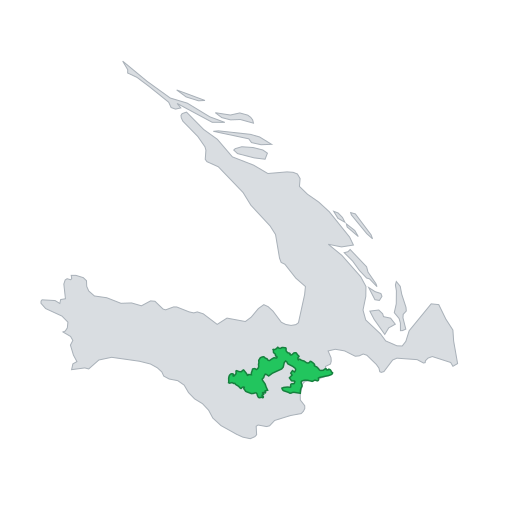 Croatia, with Zagrebacka highlighted, rotated 185°
{"feature_id": "HRV-1588", "entity_name": "Zagrebacka", "entity_type": "County", "adm_level": 1, "iso_a3": "HRV", "parent_name": "Croatia", "parent_adm1": "", "projection": "robinson", "projection_center": [16.033, 45.768], "detail": "fine", "context": "in_parent", "style": "filled", "palette": "green", "viewbox_px": 512, "rotation_deg": 185, "n_neighbors": 0, "source": "natural_earth", "source_scale": "10m", "svg_char_len": 8603}
<svg xmlns="http://www.w3.org/2000/svg" viewBox="0 0 512 512"><g transform="rotate(185 256 256)"><path d="M50.2,163.3L52.8,166.9L71.6,171.2L75.7,169.3L78.1,166.4L78.2,164.5L79.8,164.0L86.4,166.8L106.7,166.5L110.8,164.3L118.5,152.0L121.0,151.0L122.6,151.5L123.8,155.1L126.7,158.5L136.9,166.8L140.7,167.7L144.5,165.5L148.4,164.8L159.5,169.2L168.9,170.0L175.9,167.7L172.4,161.2L171.9,157.8L172.4,154.9L177.2,152.0L176.9,150.7L171.2,145.6L171.5,144.3L184.1,138.6L196.3,135.4L198.3,132.9L199.9,122.2L199.3,116.4L194.4,111.1L194.1,108.4L195.2,105.5L197.2,103.0L207.7,100.1L223.1,93.8L227.7,88.0L230.6,87.0L239.2,87.8L241.0,86.4L239.8,78.0L241.4,75.9L245.8,73.5L253.3,74.4L259.6,76.6L276.1,84.0L284.9,90.8L289.8,98.3L296.4,104.2L304.7,108.3L311.3,114.0L316.3,121.1L323.1,125.0L331.8,125.9L337.4,128.3L339.7,132.3L344.5,136.0L351.7,139.2L362.9,141.0L391.0,142.5L403.5,138.7L412.8,128.9L416.8,129.6L429.8,126.7L429.0,132.6L425.2,135.2L429.2,141.3L433.1,151.1L431.1,155.9L433.7,159.7L441.7,163.5L439.5,164.6L437.7,167.9L437.6,173.7L444.0,179.2L461.0,185.3L466.1,190.2L466.2,192.3L465.3,193.7L452.3,194.1L447.3,191.6L446.8,195.6L442.1,196.8L445.0,211.3L444.0,215.5L442.2,216.9L438.5,216.2L437.6,217.5L438.4,220.6L433.7,221.0L426.2,219.4L422.7,216.6L422.0,211.0L419.6,206.6L413.5,202.1L401.0,201.4L386.4,197.1L375.9,198.4L365.8,196.4L357.1,202.1L352.7,202.1L343.9,195.0L341.3,194.5L333.6,198.1L330.5,198.3L317.7,194.5L313.0,193.9L309.6,195.2L303.5,193.8L288.7,184.5L279.5,191.6L260.9,189.8L255.4,194.7L249.1,203.8L244.0,208.2L239.5,206.6L234.3,202.6L225.0,192.2L220.4,190.4L215.0,189.9L210.3,191.1L207.9,193.2L204.2,221.8L204.1,229.9L214.4,237.4L226.5,250.3L230.4,251.8L232.4,256.0L238.4,279.1L244.6,287.2L265.5,306.1L274.4,318.1L301.3,341.6L313.1,345.7L315.0,347.9L315.1,357.0L316.4,360.4L324.4,370.0L340.6,383.9L342.5,387.2L343.0,389.5L342.0,391.4L337.8,393.3L319.2,377.5L304.7,368.9L288.2,352.7L266.3,346.3L251.4,339.2L232.4,342.5L226.3,342.6L221.9,341.3L218.8,336.9L218.8,329.1L210.1,322.0L198.2,315.2L186.9,306.5L164.4,283.0L159.9,275.4L171.6,272.5L185.0,274.0L170.5,264.1L149.9,244.5L143.8,235.2L143.1,225.2L144.7,211.5L141.1,201.8L125.2,189.3L119.4,182.7L107.7,178.8L102.5,179.1L99.3,184.0L96.9,194.9L77.3,223.6L69.7,223.5L61.4,209.7L53.4,199.4L51.7,188.5L45.8,166.4L50.2,163.3ZM399.8,427.1L400.0,430.4L405.8,438.5L379.7,420.5L355.2,405.9L337.8,402.3L314.1,390.6L298.7,386.4L311.3,385.4L347.9,401.1L343.8,397.0L349.0,395.3L353.5,396.5L356.4,401.6L377.0,415.4L390.2,423.6L399.8,427.1ZM114.6,239.3L114.0,242.8L109.7,238.4L107.5,230.6L102.1,217.9L101.5,214.3L104.3,210.7L104.2,207.2L100.4,196.2L103.7,194.4L105.6,194.2L106.3,201.8L108.0,206.2L113.3,211.6L112.1,220.6L113.1,233.5L114.6,239.3ZM137.8,211.0L129.0,212.9L124.8,209.5L123.7,206.7L116.5,205.8L111.3,200.2L117.5,196.0L120.9,189.1L132.8,203.2L137.8,211.0ZM279.7,363.6L268.3,363.8L258.4,362.2L253.6,359.4L255.4,353.2L266.4,353.6L283.3,356.4L287.4,359.6L286.1,361.1L279.7,363.6ZM309.4,376.5L304.3,377.4L272.1,376.7L262.8,374.9L250.2,368.6L260.7,367.3L270.4,368.6L273.4,372.1L309.4,376.5ZM164.7,268.3L162.8,270.7L144.9,254.9L143.0,249.7L134.1,238.9L132.8,236.0L140.9,243.1L143.9,243.7L151.7,250.6L159.3,259.4L168.4,267.0L164.7,268.3ZM270.1,388.1L283.5,390.6L293.3,389.4L302.2,390.9L309.0,395.2L293.8,394.2L284.6,397.1L276.5,395.6L273.4,393.7L271.2,391.3L270.1,388.1ZM164.6,305.3L165.5,307.5L160.7,306.6L143.2,287.1L141.4,283.3L147.6,287.9L164.6,305.3ZM133.7,222.8L141.0,234.4L134.3,230.9L128.3,229.5L127.0,226.8L129.2,222.5L133.7,222.8ZM339.5,408.4L349.5,414.5L320.4,406.5L326.8,405.6L339.5,408.4ZM177.7,300.7L182.5,307.3L177.9,306.0L173.2,301.9L170.4,297.4L177.7,300.7ZM167.7,292.8L168.8,295.9L159.8,290.0L155.8,284.3L167.7,292.8Z" fill="#d9dde1" stroke="#a8b0b8" stroke-width="1"/><path d="M191.0,136.3L193.6,136.7L196.4,136.6L197.8,136.2L199.2,135.6L200.0,134.7L199.9,133.4L199.1,131.7L198.8,130.5L199.1,129.5L199.6,128.4L199.9,127.3L200.0,125.9L199.9,123.1L201.2,123.2L206.2,123.5L207.7,123.3L208.6,122.7L209.8,122.3L210.4,122.3L210.8,122.5L211.4,122.8L212.3,123.1L216.8,124.2L217.3,124.5L217.7,124.9L218.4,125.9L218.7,126.6L216.9,127.5L213.2,128.2L212.1,128.2L210.8,128.2L210.3,128.3L210.0,128.6L210.0,129.1L210.2,129.6L210.2,130.2L210.2,130.8L209.8,131.5L209.2,131.8L207.5,132.0L207.0,132.2L206.7,132.4L206.7,132.7L206.7,133.0L206.3,134.3L206.5,134.5L206.9,134.8L209.5,134.7L210.4,135.5L212.1,137.5L211.3,138.5L209.7,140.5L211.2,142.3L209.7,145.0L207.5,143.8L206.9,144.9L206.7,145.8L206.6,146.3L206.6,146.7L206.8,147.0L207.1,147.5L207.7,147.9L209.7,149.2L214.1,151.0L214.6,151.2L215.0,151.5L215.3,151.9L215.5,152.2L215.6,152.6L215.9,153.0L216.2,153.3L217.4,154.0L218.6,152.2L219.2,147.7L220.6,145.7L229.4,140.7L232.9,137.6L233.1,137.7L235.1,138.8L236.3,139.2L236.5,139.1L236.7,138.9L236.9,138.2L237.4,137.2L237.6,136.5L237.7,135.7L237.8,135.5L237.9,135.3L239.0,134.2L239.0,133.5L238.6,132.7L236.0,129.6L235.6,129.0L234.6,126.6L232.7,123.3L234.8,122.6L235.1,122.4L235.3,122.2L235.2,122.1L234.7,121.7L234.6,121.2L234.6,120.7L234.8,120.4L235.1,120.4L235.4,120.4L235.7,120.5L236.1,120.7L236.4,120.7L236.7,120.7L237.4,120.5L237.6,120.3L237.6,120.1L237.4,119.9L237.2,119.7L236.5,119.3L236.4,119.1L236.3,118.8L236.5,118.6L237.6,118.1L237.8,117.8L237.8,117.5L237.6,117.3L237.4,117.1L237.2,117.0L236.8,116.8L236.6,116.6L236.4,116.4L236.4,115.8L236.6,115.6L236.8,115.4L237.1,115.4L238.2,115.7L238.5,115.7L239.7,115.2L240.0,115.1L241.2,115.3L242.3,116.9L242.5,117.3L242.8,118.4L243.1,118.8L243.3,119.1L243.7,119.5L243.9,119.6L244.4,119.6L245.2,119.5L246.4,118.9L248.6,118.5L253.8,120.0L254.6,120.4L255.7,121.8L256.3,122.4L256.5,122.6L256.6,122.8L256.6,123.0L256.4,123.6L256.2,124.2L256.4,124.3L256.8,124.4L257.8,124.2L258.3,123.9L258.6,123.7L258.8,123.3L258.9,123.1L259.1,122.8L259.3,122.7L259.6,122.7L260.0,122.9L261.8,124.5L262.2,124.8L265.0,126.2L265.4,126.6L265.7,126.9L265.8,127.2L266.0,127.3L266.3,127.3L266.9,127.1L267.3,127.1L267.9,127.4L268.2,127.7L268.6,127.8L269.2,127.7L271.3,127.0L272.3,127.4L272.2,128.3L272.3,129.2L272.6,132.0L272.5,132.5L272.4,133.6L272.0,134.9L271.0,136.1L270.5,136.4L269.9,136.6L268.9,136.6L268.4,136.4L268.2,136.0L268.2,135.6L268.4,135.2L268.4,134.8L268.2,134.4L267.8,134.4L267.3,134.7L265.8,136.8L265.6,137.5L265.7,138.2L265.9,139.5L265.7,140.0L265.3,140.1L262.9,139.4L260.9,139.4L260.3,139.6L259.5,140.8L258.4,141.4L255.4,138.3L254.5,137.1L254.4,136.6L254.1,136.4L253.9,136.3L253.7,136.4L253.6,136.5L253.2,137.2L253.1,137.3L250.2,137.3L250.4,138.0L250.4,138.4L250.4,138.8L250.4,139.3L249.9,141.1L249.6,142.9L249.6,143.0L249.4,143.2L249.1,143.3L247.8,143.7L247.5,143.7L247.0,143.6L245.8,142.9L245.5,143.0L245.1,143.3L244.0,144.7L243.8,145.3L243.7,146.2L244.1,148.5L243.8,149.7L244.2,152.3L242.9,154.9L241.9,155.6L240.0,156.3L239.2,156.2L238.6,155.7L238.1,155.3L237.6,155.0L237.1,154.8L236.4,154.8L236.1,154.6L235.8,154.3L235.3,153.5L234.5,153.1L234.0,153.0L233.6,153.0L233.1,153.2L232.9,153.4L231.7,154.5L229.6,156.0L229.1,156.2L228.4,156.2L226.9,156.1L226.5,156.2L226.3,156.5L226.3,157.0L226.4,157.4L226.5,157.7L226.8,157.8L227.4,158.0L227.8,158.2L227.9,158.6L228.0,159.2L228.0,159.6L228.2,159.9L228.5,160.1L229.7,161.0L230.1,161.4L230.3,161.9L230.3,163.2L230.4,163.6L230.6,163.8L230.8,164.0L230.9,164.3L230.6,164.5L229.7,164.4L228.8,164.6L228.3,164.9L226.3,167.0L225.7,166.4L225.4,166.3L224.8,166.1L224.1,166.1L223.5,166.1L223.0,166.5L222.4,167.0L221.4,167.2L218.4,167.1L217.9,166.2L217.9,165.2L217.9,164.8L217.9,164.6L217.5,163.8L216.0,162.4L214.1,162.1L213.9,162.0L213.6,161.8L213.7,161.5L213.6,161.2L213.6,160.9L213.3,160.7L213.0,160.5L212.6,160.4L211.6,160.8L209.7,162.8L208.7,163.0L208.0,163.1L207.6,163.0L207.3,162.8L206.0,161.2L205.6,160.9L204.5,160.0L204.4,159.6L204.6,159.3L205.0,158.9L205.3,158.5L205.4,158.1L205.0,156.4L204.9,156.3L204.8,156.2L204.1,156.9L203.9,157.0L203.5,157.0L203.1,156.9L202.3,156.4L201.6,156.1L200.9,155.9L199.0,155.6L196.4,154.1L195.9,154.0L195.4,153.9L194.5,154.0L194.0,154.2L193.7,154.5L193.4,154.8L192.8,155.8L192.2,155.8L191.5,155.5L189.6,154.3L188.3,153.2L188.2,152.8L188.2,152.6L188.2,152.3L188.3,152.0L188.3,151.8L187.9,151.6L185.5,150.6L184.8,150.0L183.7,149.0L183.1,148.2L182.8,147.9L182.4,147.7L181.7,147.6L179.0,148.0L177.7,149.3L176.7,149.9L175.5,148.7L175.3,148.6L175.1,148.7L174.2,148.9L173.9,149.1L173.8,149.5L173.5,149.6L172.5,149.3L171.9,148.9L171.5,148.5L170.8,147.3L170.2,146.7L169.6,146.5L169.5,146.1L169.9,145.1L170.5,144.5L173.4,143.1L175.4,142.6L182.3,140.5L183.2,139.9L183.1,139.1L182.8,138.2L183.2,137.4L183.9,137.0L184.7,137.1L185.6,137.3L186.4,137.5L187.1,137.2L188.4,136.3L189.1,136.0L191.0,136.3Z" fill="#22c55e" stroke="#15803d" stroke-width="1.5"/></g></svg>